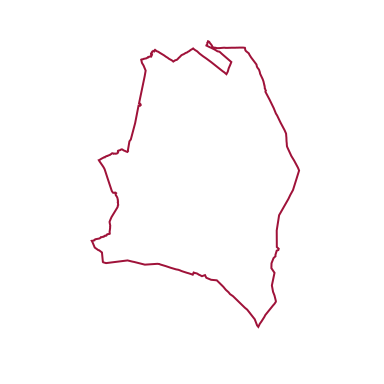 Flå nor, Buskerud, Norway (Albers equal-area conic projection), rotated 256°
{"feature_id": "86288312B73826406337019", "entity_name": "Flå nor", "entity_type": "district", "adm_level": 2, "iso_a3": "NOR", "parent_name": "Norway", "parent_adm1": "Buskerud", "projection": "albers", "projection_center": [9.702, 60.434], "detail": "fine", "context": "isolated", "style": "outline", "palette": "rose", "viewbox_px": 384, "rotation_deg": 256, "n_neighbors": 0, "source": "geoboundaries", "source_scale": "gbopen_adm2", "svg_char_len": 5617}
<svg xmlns="http://www.w3.org/2000/svg" viewBox="0 0 384 384"><g transform="rotate(256 192 192)"><path d="M168.9,82.9L167.4,83.3L161.6,84.2L158.2,87.1L157.9,87.8L155.1,90.0L145.7,88.6L145.3,88.8L143.8,91.4L141.2,112.9L138.9,117.3L138.2,118.8L132.9,128.7L130.7,141.0L130.0,142.9L129.4,143.6L126.5,148.5L123.5,153.2L120.8,157.8L119.8,160.0L118.5,161.9L118.2,162.2L117.4,163.4L114.9,167.4L114.0,169.0L113.3,170.1L112.7,171.1L111.6,172.7L113.3,174.0L113.0,174.4L113.2,174.5L112.9,174.9L111.8,177.0L111.2,177.7L110.2,178.5L109.9,179.0L109.5,179.5L107.9,181.3L108.2,184.5L105.4,185.1L105.1,185.4L102.2,189.3L100.3,194.7L92.4,199.5L89.0,201.1L85.9,203.2L83.7,204.2L81.1,206.5L66.9,215.3L64.5,217.1L53.3,222.1L46.8,222.9L45.1,223.7L47.7,225.9L49.7,228.2L53.2,231.9L54.9,233.4L62.4,243.3L63.4,244.8L65.0,246.6L65.7,247.0L71.6,247.0L75.6,246.5L82.0,246.9L93.6,252.5L98.9,250.6L103.6,251.9L108.1,255.1L109.5,257.5L110.7,257.7L114.6,260.0L114.8,261.7L115.9,262.4L118.1,261.0L134.2,264.9L148.4,270.9L162.0,283.9L165.4,286.7L169.5,290.5L186.9,301.1L189.9,300.7L197.8,298.7L202.9,297.1L211.9,295.4L213.3,295.2L215.3,295.5L216.1,295.7L218.4,296.0L222.2,296.8L223.0,296.9L225.9,297.4L229.5,296.8L237.9,294.7L245.7,293.1L247.8,292.4L253.5,291.6L262.9,289.6L271.4,287.5L271.8,287.6L272.5,288.2L273.6,287.9L274.5,287.9L274.9,287.7L276.5,288.0L277.4,288.0L277.6,288.0L277.9,288.1L278.0,288.0L281.9,288.1L284.2,287.9L290.3,286.7L291.9,286.8L294.5,286.6L295.7,286.1L297.0,285.5L298.5,285.3L300.1,285.4L308.3,281.9L311.7,280.8L312.7,280.7L315.6,278.5L316.5,278.1L317.7,278.1L318.4,278.2L319.1,278.2L319.8,276.4L320.2,274.7L320.6,273.1L321.3,269.9L323.0,262.7L323.1,262.0L323.7,259.5L323.8,259.2L324.0,258.9L324.3,257.8L325.0,253.3L325.5,251.1L325.9,250.4L326.4,249.4L326.7,248.5L326.8,248.2L327.1,247.5L328.4,246.8L329.0,246.8L330.7,246.2L330.9,246.0L332.3,245.4L333.4,245.1L334.2,244.4L334.4,244.0L333.5,243.5L333.2,243.0L332.3,242.9L331.7,242.4L331.3,242.3L331.1,241.7L330.6,241.4L328.1,244.4L327.5,245.2L325.4,247.7L324.1,249.1L322.4,250.7L321.9,251.7L321.6,252.4L321.1,252.9L318.8,254.4L308.6,261.6L307.2,260.6L306.6,260.2L303.1,257.5L300.4,256.0L299.4,255.2L298.0,253.9L300.4,252.2L301.5,251.2L304.2,249.1L313.3,242.1L317.8,238.4L321.1,235.5L324.5,232.8L327.0,231.2L327.5,230.8L328.9,229.4L330.4,228.2L330.5,228.1L331.0,227.8L330.6,226.9L330.5,226.3L330.1,224.9L329.4,223.5L329.2,222.5L328.5,220.6L328.5,219.6L328.3,219.0L327.7,217.2L327.6,216.3L327.3,214.9L325.6,212.2L325.4,211.6L324.7,210.7L323.9,209.2L323.9,208.7L323.9,208.1L323.8,207.7L323.8,207.2L323.5,206.6L323.1,205.4L323.5,205.2L324.8,204.1L326.9,201.8L328.1,200.9L329.6,199.4L331.4,197.9L335.2,194.1L336.1,193.4L336.5,192.8L337.1,191.9L338.9,190.5L338.8,190.3L338.4,190.2L338.4,190.3L338.1,190.3L337.9,190.0L338.0,190.0L337.9,189.8L337.9,189.7L337.9,189.2L338.1,189.0L338.1,188.8L338.2,188.6L337.9,188.4L337.8,188.2L337.9,187.7L337.7,187.6L337.7,187.4L337.6,187.2L337.4,187.1L337.4,186.9L337.2,186.7L336.4,186.3L336.2,185.9L336.2,185.7L335.5,185.6L335.5,185.9L335.3,186.0L335.2,186.1L335.1,186.4L334.8,186.2L334.4,186.1L334.2,185.9L334.2,185.7L334.0,185.4L333.9,185.2L333.6,185.2L333.5,184.8L333.4,184.8L333.5,184.5L333.5,184.3L333.5,184.2L333.6,183.9L333.6,183.7L333.7,183.2L333.6,182.9L333.5,182.5L333.5,182.2L333.2,182.2L333.1,181.9L333.2,181.4L333.0,181.0L333.0,180.9L332.7,179.7L332.8,179.4L332.8,179.2L332.8,178.9L332.8,178.7L332.8,178.4L332.8,178.2L332.9,177.7L332.7,176.8L332.7,176.7L332.7,176.4L332.8,175.8L332.8,175.7L332.6,175.4L332.7,175.2L332.8,174.9L332.7,174.7L329.3,174.7L326.4,175.6L321.0,176.4L315.8,174.1L290.7,162.0L290.3,162.9L290.1,162.9L289.5,163.3L289.2,163.3L288.8,163.3L288.6,162.9L288.3,162.6L288.3,162.2L288.6,162.0L288.3,161.6L288.3,161.3L288.5,160.9L272.6,153.5L257.7,145.3L256.8,144.1L256.2,143.5L249.1,140.4L248.9,140.3L247.9,139.9L247.2,139.9L246.5,139.0L247.2,137.9L248.0,137.0L248.6,136.1L249.4,135.3L250.1,134.7L250.3,134.3L250.4,134.0L250.3,133.1L250.1,132.7L249.9,131.5L250.0,130.6L249.8,130.1L249.3,129.9L248.8,129.9L248.4,129.9L247.8,129.3L247.6,128.9L247.6,128.5L247.7,127.9L247.5,127.6L247.5,127.4L247.7,127.1L248.0,126.1L248.1,125.8L248.0,125.3L248.1,125.2L248.6,124.7L248.7,124.3L248.9,124.0L248.9,123.8L248.7,123.4L248.4,123.0L248.3,122.4L248.2,122.0L247.9,121.6L247.7,120.0L247.6,119.4L247.6,119.0L247.4,118.7L247.5,118.2L247.5,117.6L247.3,117.2L247.3,116.9L247.1,116.6L247.1,116.2L247.0,115.9L246.8,115.7L247.0,115.4L247.0,115.2L246.9,115.0L246.8,114.6L246.2,112.2L245.8,110.9L245.7,110.6L245.5,110.2L245.4,109.3L244.1,109.7L238.0,112.0L235.9,112.6L234.4,112.8L225.8,113.4L212.6,114.4L211.8,114.6L210.4,115.2L210.2,115.6L210.1,116.1L210.0,116.3L210.1,116.8L210.0,117.2L209.8,117.3L209.8,117.7L209.2,118.1L208.8,117.6L208.5,117.4L207.8,117.3L207.1,117.5L207.0,117.4L205.8,117.9L204.2,118.2L202.7,118.1L202.0,118.2L201.3,117.8L200.6,117.9L200.1,117.8L199.9,117.5L199.7,117.4L199.0,117.5L198.2,117.3L197.3,117.3L197.0,116.9L196.3,116.5L196.0,116.5L195.3,116.1L187.1,107.8L185.4,106.5L183.6,105.2L183.0,104.8L182.3,104.7L178.8,104.5L178.2,104.1L176.9,103.9L176.6,103.7L176.0,103.5L173.0,102.3L172.1,102.3L171.4,102.1L171.3,101.9L171.4,101.7L171.4,100.8L171.5,100.1L171.5,99.8L171.2,99.6L171.2,99.2L171.2,98.9L171.0,98.7L170.6,98.5L170.4,98.3L170.4,97.9L170.5,97.6L170.6,97.3L170.6,97.2L170.4,96.9L170.4,96.7L170.6,96.4L170.5,96.2L170.1,95.9L170.0,95.6L169.9,95.4L170.1,94.7L170.1,94.2L170.0,93.7L170.1,93.2L170.2,92.8L169.9,92.6L169.7,91.9L169.4,91.4L169.3,90.8L169.5,87.1L169.3,86.0L169.2,85.8L169.0,85.7L168.7,85.6L168.7,85.0L168.7,84.4L168.7,83.6L168.9,83.2L168.9,82.9Z" fill="none" stroke="#9f1239" stroke-width="2"/></g></svg>